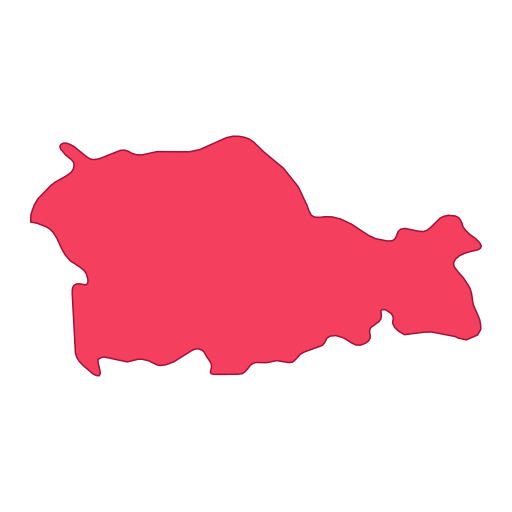 outline of Neamt
{"feature_id": "ROU-309", "entity_name": "Neamt", "entity_type": "County", "adm_level": 1, "iso_a3": "ROU", "parent_name": "Romania", "parent_adm1": "", "projection": "robinson", "projection_center": [26.462, 46.963], "detail": "fine", "context": "isolated", "style": "filled", "palette": "rose", "viewbox_px": 512, "rotation_deg": 0, "n_neighbors": 0, "source": "natural_earth", "source_scale": "10m", "svg_char_len": 2500}
<svg xmlns="http://www.w3.org/2000/svg" viewBox="0 0 512 512"><path d="M84.8,284.7L86.7,284.5L87.8,282.8L88.0,279.9L86.4,274.0L84.0,270.4L79.9,267.1L70.3,260.8L65.2,254.9L61.7,248.8L56.9,238.3L53.5,232.8L49.6,228.8L45.3,226.4L37.2,223.3L30.7,222.0L31.0,214.1L34.3,204.8L38.0,198.7L50.8,185.5L55.2,182.1L66.4,175.8L71.4,172.1L73.5,168.5L74.1,165.2L73.5,162.2L71.3,159.6L65.6,155.0L60.6,148.9L59.8,146.4L61.0,144.4L63.2,143.2L66.3,143.1L69.8,144.3L73.8,146.4L86.8,156.9L90.4,159.1L94.1,159.6L99.2,158.8L120.2,150.4L124.4,150.1L128.4,151.3L132.0,153.4L136.7,154.8L142.2,154.9L157.0,151.6L189.3,151.8L199.7,149.6L226.6,137.6L233.1,136.2L238.9,136.3L244.5,137.3L249.5,139.2L253.6,142.0L263.7,151.8L283.6,168.4L298.2,186.7L306.8,204.8L308.8,210.5L311.4,215.4L315.1,217.2L320.1,217.3L325.4,216.7L332.1,216.9L340.3,218.9L351.4,224.1L368.4,235.3L375.8,238.7L387.5,241.0L391.7,240.8L394.2,239.6L395.9,237.3L398.2,231.4L400.8,229.2L404.9,228.4L418.5,231.2L423.6,231.5L427.0,230.3L430.1,228.0L440.0,218.2L443.8,216.3L448.4,215.3L454.9,215.9L458.5,217.5L460.7,220.3L462.0,223.5L463.0,226.8L465.7,230.4L469.2,233.9L475.8,238.8L479.6,242.6L481.3,245.8L480.4,248.3L477.8,249.9L469.3,251.8L464.1,253.5L459.4,255.8L455.5,259.1L453.6,262.7L454.0,266.4L457.1,270.7L463.3,277.8L468.3,285.3L470.0,288.4L471.5,293.2L473.2,304.4L479.7,319.6L480.7,325.3L480.8,329.3L477.6,335.0L466.3,339.9L458.1,338.0L455.0,336.5L431.7,332.0L424.8,332.1L404.4,334.7L398.6,331.2L394.7,327.4L392.9,323.9L392.7,321.4L393.3,319.1L392.9,316.4L391.3,313.6L385.5,309.7L382.3,309.6L380.8,310.8L381.2,313.5L381.4,316.2L380.7,319.2L378.9,321.7L371.2,327.2L369.8,329.5L369.6,332.3L370.2,335.3L370.1,338.2L368.5,341.0L365.2,343.4L360.6,345.1L356.0,345.0L352.4,343.4L343.6,337.9L336.0,335.6L330.5,336.0L327.1,337.9L324.5,342.9L322.2,345.5L304.5,351.9L300.4,354.2L294.8,360.3L292.4,362.2L288.7,362.6L276.9,360.6L266.6,362.7L255.7,362.5L252.6,363.6L250.0,365.7L247.7,368.8L245.1,371.7L242.2,373.7L237.2,374.3L214.4,374.4L211.1,373.7L210.4,372.3L210.7,370.4L211.4,367.9L211.5,365.3L210.8,362.8L209.2,360.3L207.3,357.7L204.1,352.1L202.1,350.2L197.9,348.8L194.5,349.3L191.3,350.8L173.5,362.0L166.1,364.7L160.5,365.5L156.7,364.8L148.5,360.7L141.9,359.2L137.9,359.3L127.3,361.9L103.8,356.9L101.1,357.7L98.0,359.4L98.1,362.7L99.9,370.3L100.3,373.5L99.2,375.8L96.2,375.5L92.8,373.8L83.3,365.6L79.0,361.1L76.7,357.2L75.4,352.7L72.2,293.3L72.3,289.5L73.1,286.6L74.5,284.9L76.7,283.9L79.6,283.8L84.8,284.7Z" fill="#f43f5e" stroke="#9f1239" stroke-width="1.5"/></svg>